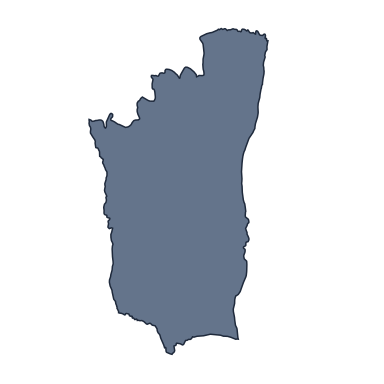 Dekemhare, Debub, Eritrea, rotated 353°
{"feature_id": "51966322B31407938426856", "entity_name": "Dekemhare", "entity_type": "district", "adm_level": 2, "iso_a3": "ERI", "parent_name": "Eritrea", "parent_adm1": "Debub", "projection": "equal_earth", "projection_center": [39.033, 15.089], "detail": "fine", "context": "isolated", "style": "filled", "palette": "slate", "viewbox_px": 384, "rotation_deg": 353, "n_neighbors": 0, "source": "geoboundaries", "source_scale": "gbopen_adm2", "svg_char_len": 5996}
<svg xmlns="http://www.w3.org/2000/svg" viewBox="0 0 384 384"><g transform="rotate(353 192 192)"><path d="M104.4,302.9L105.5,303.4L107.1,303.8L108.5,304.5L110.0,305.7L110.4,305.8L110.9,305.6L110.9,305.2L111.3,304.7L112.2,304.6L114.4,305.4L114.8,306.5L114.8,307.1L115.6,307.7L116.8,307.9L117.5,308.2L117.3,309.4L117.6,309.9L118.4,309.9L118.8,310.2L119.6,311.6L120.2,311.6L121.1,311.3L121.9,311.8L122.0,312.8L123.1,312.8L124.7,313.4L126.6,313.5L128.4,314.7L130.6,317.3L131.4,317.8L133.7,317.2L134.3,317.2L134.8,317.4L136.3,319.3L139.1,320.3L140.6,323.5L140.6,325.6L141.2,327.6L142.5,329.5L142.9,331.0L143.0,332.3L143.3,333.7L145.3,340.4L145.8,343.3L146.8,343.1L147.1,343.7L146.9,345.4L146.9,347.4L147.4,348.1L150.7,350.0L152.4,350.7L153.1,349.8L154.1,349.2L155.0,348.4L155.5,347.2L155.3,343.1L155.4,342.6L157.2,342.3L157.7,341.4L158.0,340.4L158.5,340.2L161.9,341.2L163.8,342.6L164.6,342.5L165.2,342.1L167.5,338.6L169.1,338.6L170.5,337.9L172.4,338.1L173.1,337.8L174.0,337.0L174.9,335.8L176.2,336.3L179.4,335.8L186.0,336.1L192.9,335.4L202.9,337.6L205.5,338.9L209.7,339.6L213.0,341.0L217.5,343.5L218.9,343.4L220.0,343.7L219.8,342.0L220.0,333.7L219.9,332.6L218.9,329.6L218.8,324.7L218.9,321.5L218.5,315.7L218.7,313.2L220.7,307.9L221.3,304.1L222.1,301.8L223.0,300.3L223.7,300.2L225.4,299.3L227.2,297.3L227.8,296.5L232.0,288.1L235.1,282.8L235.7,281.4L236.5,278.0L236.9,275.6L237.6,270.8L237.8,268.1L237.8,267.3L235.7,264.7L235.5,262.1L235.8,260.9L237.0,258.7L237.4,257.6L237.7,255.8L237.5,255.2L236.5,254.3L236.3,253.8L236.3,253.3L236.6,252.7L238.6,251.9L238.9,251.5L239.2,249.4L239.6,248.5L240.4,248.2L241.4,248.2L241.8,247.8L242.6,246.5L242.8,245.4L242.7,244.5L242.3,242.9L241.5,240.6L241.7,238.9L241.1,236.6L240.8,234.6L242.6,232.0L243.2,230.5L243.7,229.9L244.4,229.6L244.8,228.9L244.8,227.9L244.7,226.4L244.4,225.7L242.3,223.6L242.0,223.2L242.0,221.6L242.3,220.3L242.6,218.6L243.0,217.8L243.0,213.8L242.9,210.2L242.4,208.7L242.0,206.1L241.9,198.6L242.4,192.3L242.3,189.6L242.8,187.4L243.2,185.0L243.6,177.9L245.2,169.4L246.1,165.5L246.8,162.9L247.6,160.6L248.6,158.3L249.6,156.8L250.7,154.3L255.1,145.7L259.7,140.4L260.8,138.5L262.1,136.7L262.5,134.7L263.3,131.9L266.1,125.7L267.1,122.3L267.4,120.9L267.8,115.6L268.5,112.1L270.7,106.7L271.5,103.2L273.0,98.4L273.5,97.4L274.0,95.4L274.4,94.5L275.0,93.9L275.3,92.1L276.3,88.1L277.8,83.5L278.3,80.7L278.2,79.7L278.4,77.2L278.2,74.9L278.9,71.8L281.0,67.1L281.0,66.4L280.8,65.6L281.7,62.7L282.1,61.8L283.8,59.9L284.1,56.7L285.8,51.2L284.9,51.2L284.6,51.0L284.7,49.3L284.4,48.6L283.6,48.7L283.4,48.4L283.4,47.8L284.0,45.9L283.8,44.6L283.5,44.2L282.8,44.1L281.1,45.2L279.1,44.8L278.2,44.1L276.9,40.7L276.0,39.9L275.2,40.1L274.8,40.9L274.3,43.0L273.9,42.8L272.1,41.2L271.2,41.5L269.5,41.2L269.0,41.0L268.3,40.1L267.5,38.2L266.9,38.0L266.4,38.7L265.7,38.7L265.0,37.8L263.7,36.9L262.9,36.7L262.1,36.5L261.5,36.7L261.0,37.3L260.4,38.7L259.9,38.9L259.0,38.3L257.5,38.2L257.1,38.0L256.6,36.7L255.8,36.0L254.3,35.8L252.6,35.0L249.9,35.7L247.7,35.5L246.6,36.0L245.3,34.3L244.8,34.0L244.2,33.9L242.4,34.4L240.9,33.3L239.1,34.2L238.4,33.7L237.9,33.7L237.1,34.4L231.4,36.1L229.2,36.2L225.8,36.7L220.2,38.6L219.4,39.0L218.7,39.7L218.5,40.7L218.6,41.5L220.7,45.5L221.0,46.9L220.9,55.6L220.6,57.1L219.2,61.4L218.7,65.1L218.3,66.7L218.1,70.2L218.1,71.6L218.4,73.8L218.4,75.7L218.1,77.1L217.9,77.4L217.1,77.7L216.2,77.7L213.2,77.2L211.8,77.9L210.6,78.2L210.5,76.1L208.6,73.0L205.4,69.5L202.7,67.7L201.1,67.3L200.1,67.7L199.3,68.4L195.8,73.1L194.6,74.9L193.9,77.3L193.7,77.5L193.3,77.5L191.6,74.0L190.0,72.3L189.2,71.1L186.7,68.9L184.3,67.6L181.8,67.0L180.8,67.2L180.0,68.3L179.8,69.9L179.4,70.5L178.2,70.7L176.9,70.1L175.3,70.1L174.6,70.3L172.9,72.6L172.5,72.9L171.5,72.7L170.4,72.0L168.6,72.0L167.4,71.5L166.0,71.4L165.6,72.5L165.7,73.1L167.0,75.3L167.0,75.6L165.6,79.8L165.2,83.6L165.3,84.5L165.6,85.0L166.5,85.2L166.8,85.6L167.1,86.5L167.3,88.3L167.2,93.3L166.9,94.7L166.5,95.5L165.8,96.5L165.1,97.2L161.4,96.7L159.6,95.8L154.3,91.7L152.5,92.9L151.1,94.8L149.7,95.4L148.4,97.1L148.1,99.1L148.4,101.6L147.6,103.6L147.4,105.6L147.8,108.3L148.9,111.7L149.0,112.8L148.9,113.1L147.6,113.9L144.5,113.7L142.9,114.1L141.1,115.8L139.8,117.7L137.9,119.0L136.4,119.6L133.9,119.8L128.2,116.2L126.7,115.7L123.8,113.1L121.8,111.7L120.6,111.2L120.3,110.9L120.2,110.2L120.4,109.5L120.6,109.1L122.2,107.8L122.5,107.1L122.7,105.5L122.5,105.0L121.3,104.1L120.8,104.2L119.8,105.0L115.5,112.1L115.1,116.0L114.9,116.8L114.0,118.0L113.7,117.9L113.3,117.5L112.8,116.5L112.7,113.9L112.4,112.0L112.1,111.0L111.1,109.9L110.4,109.5L108.7,109.2L106.8,109.4L104.9,109.3L103.6,109.7L101.5,109.7L100.4,108.3L98.7,107.4L98.6,107.9L98.6,109.8L98.2,111.1L98.2,111.7L98.3,113.7L99.0,114.9L99.2,116.3L99.2,117.3L98.6,119.4L98.4,121.1L100.1,125.0L101.9,128.5L102.2,130.2L101.8,131.5L101.8,132.1L101.9,136.0L102.2,136.4L103.7,136.8L104.2,137.7L104.5,139.0L104.9,139.7L105.1,140.9L104.7,145.3L105.6,146.0L106.1,147.1L106.8,147.6L107.6,148.7L107.9,148.8L107.5,150.4L107.0,151.3L106.9,152.3L107.8,154.6L108.0,155.8L108.7,157.9L108.9,159.3L109.9,161.4L110.0,161.9L109.7,164.9L109.3,166.1L108.5,167.5L108.3,169.1L106.5,173.1L106.4,174.7L106.6,175.7L105.4,179.5L105.5,181.2L106.8,185.3L106.8,185.9L106.2,186.4L105.9,187.0L106.1,189.5L105.5,191.4L105.1,192.1L103.6,193.5L102.8,195.6L102.5,196.7L102.5,199.5L102.1,202.3L102.3,203.3L102.7,203.8L104.6,204.8L104.5,206.1L104.5,206.6L104.8,206.9L106.1,207.6L106.9,207.8L107.2,208.1L107.2,208.6L106.7,209.5L105.4,210.4L105.1,211.2L105.3,213.3L104.4,216.1L104.3,216.7L105.3,218.1L105.6,218.3L107.5,217.7L108.8,218.3L107.4,222.1L106.3,224.3L106.0,227.3L106.1,230.4L106.8,232.3L107.2,234.2L106.4,236.0L105.8,238.8L105.2,246.6L105.2,251.4L105.0,253.8L103.9,256.2L103.2,259.7L101.4,264.1L100.8,266.3L99.4,269.2L99.0,271.5L99.3,275.3L100.6,279.8L100.6,281.8L101.2,288.3L101.3,288.9L102.8,291.5L102.7,291.9L102.8,293.7L103.3,295.4L103.3,296.2L103.6,297.0L103.4,298.5L103.8,299.2L104.4,301.1L104.6,301.9L104.4,302.9Z" fill="#64748b" stroke="#1e293b" stroke-width="1.5"/></g></svg>